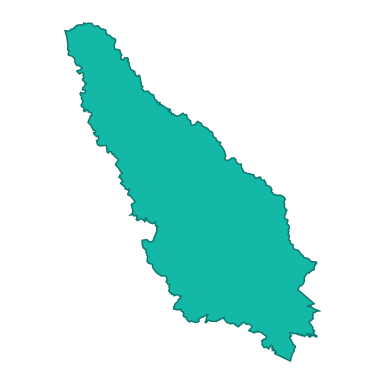 Guachinango, Jalisco, Mexico
{"feature_id": "50627088B196089850290", "entity_name": "Guachinango", "entity_type": "district", "adm_level": 2, "iso_a3": "MEX", "parent_name": "Mexico", "parent_adm1": "Jalisco", "projection": "albers", "projection_center": [-104.413, 20.697], "detail": "fine", "context": "isolated", "style": "filled", "palette": "teal", "viewbox_px": 384, "rotation_deg": 0, "n_neighbors": 0, "source": "geoboundaries", "source_scale": "gbopen_adm2", "svg_char_len": 5934}
<svg xmlns="http://www.w3.org/2000/svg" viewBox="0 0 384 384"><path d="M308.1,258.6L303.8,257.4L302.9,255.5L300.8,253.8L298.6,250.6L293.6,248.9L292.9,246.4L293.3,244.9L290.7,243.7L289.9,240.6L288.6,240.1L289.4,235.5L288.1,234.9L288.9,231.4L288.2,230.3L289.5,227.7L289.1,225.9L286.7,223.1L287.9,221.1L287.7,219.7L285.3,219.0L284.6,217.8L284.8,215.3L285.8,213.8L285.6,212.1L286.9,210.5L284.3,207.1L284.6,204.2L283.9,201.8L285.3,199.2L283.7,196.8L280.0,195.0L278.0,195.6L275.4,194.6L274.2,194.8L272.9,193.8L272.7,192.9L271.3,191.9L271.9,189.8L270.6,187.1L265.7,184.7L265.9,183.1L264.3,180.1L262.3,180.3L261.4,179.7L260.6,177.2L258.9,177.1L258.3,178.1L255.4,177.8L253.9,175.8L254.0,175.1L252.8,174.4L250.6,174.5L250.0,173.7L247.8,173.7L242.9,171.7L243.2,170.6L241.4,167.2L241.2,164.1L239.7,164.3L237.4,163.3L236.2,161.7L235.7,159.3L234.3,158.1L232.0,157.9L228.6,160.3L226.4,160.3L225.1,159.6L224.7,158.4L225.8,155.9L224.2,150.5L221.4,146.2L219.5,144.8L220.7,142.5L217.7,141.4L216.3,139.9L215.9,138.2L213.5,136.8L212.4,132.3L209.0,130.6L207.8,128.6L201.9,125.8L201.8,124.2L200.8,123.1L197.5,121.4L194.7,124.9L192.1,125.1L190.9,124.1L190.7,121.0L187.4,118.4L186.5,114.6L184.6,114.9L183.0,113.2L178.8,115.9L177.4,116.2L174.2,114.9L173.4,113.9L171.4,114.1L171.4,112.3L169.1,111.8L168.4,111.0L170.3,110.2L170.3,109.4L167.5,108.7L160.9,104.5L159.1,104.7L160.1,102.6L156.9,102.2L156.9,100.9L154.7,99.2L153.6,95.0L150.4,93.8L148.3,91.1L143.9,91.6L143.6,90.3L141.7,89.0L142.8,86.5L141.0,85.4L141.3,83.8L139.6,75.5L139.0,75.2L137.9,76.4L136.8,76.3L135.2,74.4L134.6,71.4L130.9,69.6L129.5,65.9L128.9,62.1L127.4,61.5L128.5,59.8L127.6,57.8L124.6,57.9L123.2,60.0L120.9,59.0L121.2,58.0L120.7,56.3L121.8,55.0L120.0,52.0L120.2,50.6L118.0,49.5L115.1,49.4L114.2,46.8L114.1,44.8L115.5,41.5L115.4,39.2L111.5,37.4L109.9,35.5L106.9,34.8L106.8,33.4L105.7,32.9L106.1,30.5L103.9,29.1L101.1,29.0L97.9,25.7L95.5,26.4L93.3,25.8L92.0,23.5L88.5,23.2L86.1,23.8L83.7,23.0L83.2,25.2L80.9,24.8L76.9,25.3L72.8,29.0L70.4,29.5L69.7,31.1L65.0,30.7L66.8,36.7L67.9,44.2L67.7,50.0L69.3,51.2L68.2,53.2L68.3,55.0L71.9,56.1L74.2,58.0L75.2,60.8L74.8,61.9L76.1,64.5L77.2,65.0L77.2,65.7L79.0,65.4L82.2,68.3L79.7,70.1L77.0,70.7L76.9,71.3L79.5,73.9L82.7,72.3L83.6,73.6L83.2,75.4L83.8,78.3L82.7,78.8L82.4,79.9L84.6,81.9L84.8,82.7L86.3,83.4L86.1,84.3L85.2,84.4L84.4,86.6L82.9,87.6L82.3,89.6L85.6,90.4L85.4,92.0L83.9,93.5L80.8,92.4L80.1,93.4L80.4,94.8L81.5,95.9L81.4,98.5L82.8,100.6L82.6,102.6L81.1,105.1L81.2,105.9L83.9,108.2L84.2,109.3L83.4,110.6L84.7,111.7L87.3,109.8L88.1,110.6L88.1,111.8L91.5,112.8L91.6,115.5L91.3,116.1L90.5,115.9L88.0,122.5L90.4,124.6L93.3,130.1L95.8,131.1L95.4,132.6L93.6,132.7L93.9,133.8L96.2,136.3L97.1,136.5L97.9,135.8L98.5,137.1L98.7,138.2L97.8,140.5L97.1,141.2L96.7,140.9L97.2,143.8L98.3,145.2L101.1,146.2L100.6,145.9L106.3,145.3L107.2,152.4L108.7,152.9L109.1,151.4L111.5,152.0L112.4,154.5L113.9,154.1L114.6,156.4L118.2,159.2L118.5,160.3L116.3,162.8L115.5,165.0L118.4,167.8L120.9,172.1L122.3,172.9L121.9,173.8L119.9,174.8L120.2,176.1L118.9,177.2L120.3,178.0L122.8,181.5L122.6,182.1L120.9,182.5L120.8,183.6L125.0,187.1L125.2,188.9L127.6,189.9L129.4,189.0L127.7,194.7L129.2,195.6L130.0,195.2L134.9,201.4L134.1,202.7L131.3,204.5L132.8,210.6L132.5,213.3L130.6,214.9L132.4,214.6L134.0,215.9L135.7,215.8L136.0,215.2L137.2,216.0L136.2,219.5L137.5,220.6L141.4,218.7L143.9,220.4L144.6,221.7L145.3,221.0L145.3,218.4L146.1,218.0L147.1,220.6L150.0,222.8L152.6,223.7L155.2,222.1L155.5,225.7L157.8,226.5L156.7,227.8L156.9,231.1L153.5,239.0L153.6,240.1L152.0,242.0L149.0,241.7L147.0,239.6L142.1,240.3L142.3,245.2L143.0,246.0L143.0,247.6L146.4,250.4L146.0,252.0L147.6,256.7L147.1,261.5L148.8,263.4L152.4,264.2L152.6,267.2L153.5,268.9L156.9,273.1L161.6,276.0L166.0,276.0L167.3,280.2L166.1,281.5L168.1,284.3L169.7,285.0L169.0,286.8L169.5,289.0L168.7,290.6L170.1,292.8L171.3,292.7L171.4,294.2L174.1,294.8L174.2,295.7L177.4,294.7L179.0,295.2L179.4,296.4L181.0,296.2L180.4,298.5L178.8,299.0L177.2,302.1L175.5,303.3L173.6,307.5L173.6,309.1L178.2,309.9L180.8,309.2L181.2,311.0L183.0,312.1L183.8,313.5L183.1,315.5L183.5,316.3L186.3,317.9L187.2,320.1L189.5,322.0L190.8,320.9L194.9,322.3L198.3,322.0L199.1,321.0L198.4,319.6L200.1,318.0L204.2,316.5L208.4,313.8L207.3,315.3L205.3,322.5L206.5,322.4L207.7,320.6L208.5,320.3L211.3,321.2L216.3,321.4L224.0,317.4L223.8,318.7L227.3,322.8L228.8,322.9L230.1,323.8L233.0,323.4L234.7,323.9L234.9,324.7L238.3,326.8L242.8,322.8L244.4,322.3L246.3,324.4L249.0,323.9L251.9,326.3L251.7,327.5L248.8,330.6L254.3,332.8L257.3,331.5L258.3,332.4L257.8,331.4L260.8,332.2L266.0,336.2L266.3,338.1L265.6,339.3L264.2,339.0L261.6,341.0L262.4,343.0L262.0,344.4L263.9,347.4L266.8,347.4L268.7,348.9L269.6,346.7L270.1,346.9L271.1,345.3L271.8,345.3L272.9,347.2L271.8,347.9L272.0,348.7L272.9,348.5L273.7,349.1L272.6,350.5L274.7,350.6L275.7,351.4L276.1,352.5L274.9,352.5L274.9,353.7L290.4,361.0L292.2,354.2L294.0,351.2L294.5,348.2L295.2,347.7L295.1,346.0L294.1,345.9L293.9,344.9L292.7,344.4L292.8,342.9L291.2,341.3L291.2,339.7L289.4,338.4L290.0,337.9L289.9,336.6L290.9,336.7L291.4,335.2L290.2,334.4L290.0,332.7L292.3,332.8L292.9,333.6L296.7,333.5L297.4,334.3L298.0,333.6L298.4,334.7L299.7,334.5L301.0,335.6L301.7,334.6L302.4,335.6L303.4,335.4L304.2,336.5L306.7,334.9L307.0,333.5L308.5,334.1L308.2,335.9L310.1,337.2L310.9,336.1L309.2,335.3L309.4,334.0L311.3,334.4L311.6,335.9L313.0,335.4L316.6,337.0L316.8,336.1L313.4,333.7L313.2,333.1L314.1,332.6L313.6,331.1L314.4,330.8L312.5,329.0L312.8,327.2L309.0,322.0L309.5,321.0L311.0,320.7L313.2,318.5L312.6,315.4L313.2,315.0L312.6,314.1L313.2,313.1L315.5,312.2L315.9,311.4L319.0,310.9L313.7,308.8L310.7,306.4L306.7,306.5L314.2,303.8L297.9,289.7L299.4,286.3L301.7,285.5L303.6,283.2L304.4,280.6L304.2,277.7L307.0,273.3L308.3,272.7L308.9,273.2L311.3,270.8L314.2,269.6L314.1,266.7L316.4,263.3L316.5,262.7L315.9,263.0L316.3,262.1L311.5,261.6L309.9,260.7L309.4,259.4L308.1,258.6Z" fill="#14b8a6" stroke="#0f766e" stroke-width="1.5"/></svg>